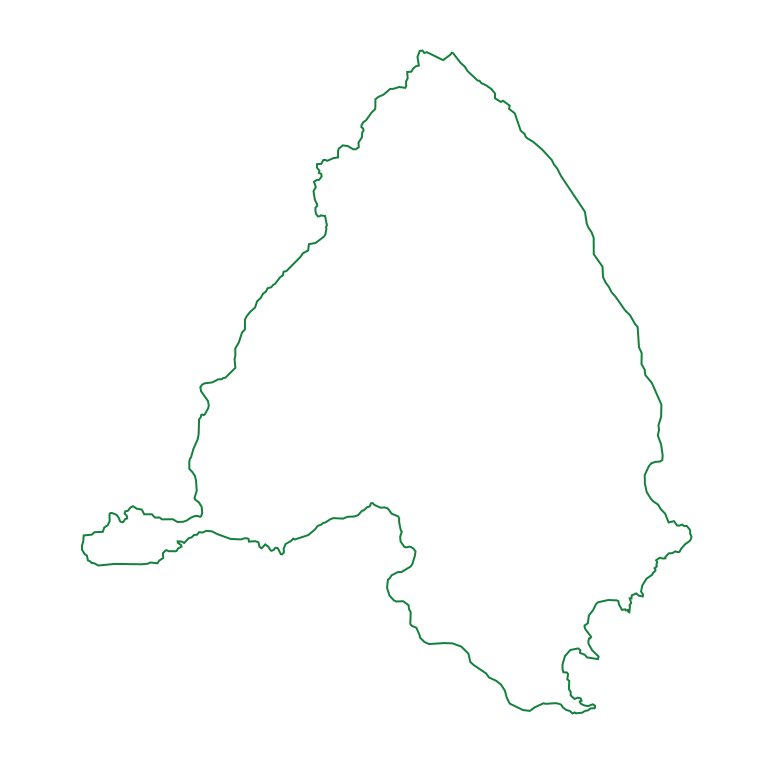 Santa Cruz, Guanacaste, Costa Rica (orthographic projection), rotated 179°
{"feature_id": "36466004B7119067190129", "entity_name": "Santa Cruz", "entity_type": "district", "adm_level": 2, "iso_a3": "CRI", "parent_name": "Costa Rica", "parent_adm1": "Guanacaste", "projection": "orthographic", "projection_center": [-85.683, 10.236], "detail": "fine", "context": "isolated", "style": "outline", "palette": "green", "viewbox_px": 768, "rotation_deg": 179, "n_neighbors": 0, "source": "geoboundaries", "source_scale": "gbopen_adm2", "svg_char_len": 6102}
<svg xmlns="http://www.w3.org/2000/svg" viewBox="0 0 768 768"><g transform="rotate(179 384 384)"><path d="M683.1,212.8L680.8,211.7L679.7,210.3L676.8,209.8L672.8,207.5L656.4,208.8L629.6,208.0L623.5,208.4L620.7,209.6L613.6,208.7L611.9,211.3L607.8,213.9L608.0,218.7L605.5,221.2L604.5,221.7L602.3,220.6L595.1,220.4L594.1,220.9L593.0,223.0L589.3,224.9L589.7,226.5L592.8,228.8L593.0,230.3L588.7,229.9L586.6,228.5L581.9,233.3L579.0,234.0L576.7,236.3L573.5,236.6L571.6,239.0L567.7,238.7L564.2,240.3L558.4,239.6L553.5,236.9L540.2,231.8L529.7,231.1L526.2,232.2L523.2,232.0L522.1,231.4L521.8,228.8L515.5,229.1L512.3,227.9L511.3,223.4L509.2,221.9L505.5,225.7L502.2,223.0L500.6,220.0L499.4,219.2L497.3,219.9L495.5,222.1L493.8,222.0L492.7,221.1L490.1,215.6L488.9,215.5L487.1,217.2L487.1,221.4L485.2,225.7L479.5,228.8L477.5,231.0L475.8,230.1L462.3,234.3L455.3,240.0L452.9,243.2L449.0,244.6L447.3,246.2L445.2,246.5L439.7,249.9L436.8,250.8L427.3,250.1L422.7,251.9L416.2,252.0L412.2,253.3L408.1,257.7L406.4,258.0L403.0,261.1L400.5,261.8L399.0,265.0L397.5,265.1L395.6,263.2L389.6,260.4L385.6,260.6L382.4,259.5L378.6,254.2L372.2,251.4L371.2,249.4L371.3,245.7L369.8,237.5L368.8,236.1L370.5,231.1L370.2,226.3L366.7,221.0L364.6,220.2L361.5,221.0L359.6,220.4L357.4,218.9L355.4,216.1L356.2,211.4L358.9,203.3L360.6,201.0L369.8,195.7L373.5,195.7L379.7,192.6L381.9,189.4L383.5,188.3L384.5,180.1L382.2,172.3L377.9,167.5L375.5,166.3L368.7,166.5L363.3,162.4L362.9,158.4L361.3,155.5L361.9,143.6L360.5,141.8L355.9,139.7L352.6,131.8L352.5,129.9L348.0,125.3L343.5,123.2L328.9,123.9L320.1,123.5L311.3,120.1L304.3,112.9L302.5,104.5L299.3,101.5L286.9,92.8L284.2,88.8L277.2,85.4L272.4,81.6L268.5,75.4L266.7,68.1L263.9,62.3L250.8,55.6L243.9,54.6L239.1,58.0L230.1,62.0L227.9,61.4L217.7,61.9L214.6,61.2L212.4,60.2L210.8,57.5L207.7,55.1L203.9,53.8L201.3,51.3L198.9,52.3L197.9,51.4L191.5,51.9L188.7,53.7L186.0,54.0L183.0,56.1L179.3,56.1L178.6,56.8L178.7,58.7L180.8,60.1L185.6,58.4L189.6,59.2L192.7,60.9L193.5,62.2L193.8,63.2L192.0,63.9L192.9,66.3L195.7,67.0L199.0,65.8L202.8,69.4L202.7,72.7L204.4,75.7L204.0,84.0L205.9,85.6L205.0,90.7L206.1,92.3L209.7,92.7L210.5,95.8L210.4,100.5L207.8,108.8L202.3,114.8L194.6,116.2L192.4,114.6L192.7,111.7L188.0,109.8L185.8,107.1L174.9,105.2L174.2,107.8L180.5,114.1L183.9,120.3L184.2,123.0L183.4,126.1L182.2,126.1L181.3,127.6L186.9,135.3L187.8,138.2L187.6,139.1L184.4,141.2L183.2,149.0L178.8,154.4L175.8,160.3L173.8,162.0L163.6,164.1L155.1,163.6L153.5,162.9L152.8,159.3L150.0,154.0L146.9,154.5L146.2,153.4L144.2,153.8L143.7,152.0L142.7,151.5L141.9,157.2L142.4,158.5L140.7,160.7L142.0,165.4L140.3,165.3L140.0,168.3L135.5,170.2L132.7,167.8L129.0,167.1L128.6,168.8L130.6,172.1L129.2,178.2L124.9,184.8L119.2,188.6L118.2,190.6L116.0,192.4L115.8,193.8L116.7,195.1L114.5,196.7L114.7,198.9L113.9,200.9L115.0,203.0L111.3,205.5L108.2,204.6L105.7,204.8L105.8,205.9L102.4,209.6L98.7,209.9L95.6,211.6L93.2,210.7L91.5,211.0L89.9,213.9L85.8,218.5L81.2,221.6L79.9,223.4L79.2,226.2L80.5,229.0L80.5,232.7L83.7,236.7L86.7,236.9L88.2,238.2L91.4,237.2L93.5,237.5L96.5,241.8L101.8,240.6L105.2,249.5L109.5,254.1L112.0,258.6L116.9,262.0L119.2,264.6L123.2,271.3L124.9,279.8L124.9,288.4L120.7,297.0L118.2,300.0L114.1,301.4L109.6,301.6L107.1,303.1L106.6,307.6L108.0,318.8L111.1,327.7L109.8,333.3L110.3,337.8L107.5,346.4L107.0,358.5L116.2,380.5L122.5,388.3L123.1,393.7L126.2,399.5L125.8,410.3L128.4,416.3L129.4,436.6L131.9,439.5L136.8,448.5L141.9,453.7L151.0,467.3L154.7,471.5L157.4,477.1L160.7,481.6L163.1,487.1L163.5,497.5L172.0,510.1L171.8,526.5L173.7,531.9L177.0,537.0L178.5,540.9L180.1,552.7L203.4,588.9L207.0,596.3L210.3,600.7L212.4,605.1L221.7,615.6L230.3,623.3L236.7,627.3L238.2,629.1L239.0,631.5L242.9,634.9L248.5,652.3L254.2,657.0L253.5,660.1L260.0,665.1L262.3,664.0L268.1,667.8L267.8,672.3L271.4,677.0L276.9,681.0L281.4,683.1L283.2,685.5L285.0,685.7L295.0,695.4L297.9,700.2L301.7,703.6L309.1,713.5L310.3,714.1L312.3,711.8L319.3,706.8L335.3,715.0L338.0,714.3L339.7,716.7L342.4,716.4L344.8,710.5L343.6,701.8L346.8,701.0L349.4,698.8L351.2,695.8L355.4,695.5L355.0,689.1L356.7,686.0L356.6,681.6L357.6,679.7L363.6,680.7L369.3,679.0L372.7,678.9L379.6,673.2L384.6,671.2L387.6,668.8L387.9,659.7L388.5,658.5L391.8,655.5L397.3,648.0L400.2,646.1L402.0,643.0L402.1,641.2L400.5,640.0L400.0,637.8L401.4,635.8L401.7,631.2L405.3,625.8L405.1,621.2L408.1,619.2L410.6,619.2L416.2,622.6L421.1,623.3L425.1,620.1L425.9,617.7L425.9,611.4L430.7,610.7L436.9,608.1L438.5,609.0L440.7,609.0L442.9,605.2L447.1,605.0L447.3,601.6L444.8,598.3L445.4,596.2L443.1,595.2L442.7,592.7L445.3,589.3L447.6,589.2L450.5,587.4L448.7,582.1L451.1,578.0L449.9,569.4L447.7,564.8L447.7,563.3L449.4,561.5L449.6,558.5L449.0,555.4L447.3,552.8L445.4,552.8L444.3,553.7L440.0,553.0L438.3,543.7L439.2,541.9L438.9,539.9L440.1,534.2L441.5,532.4L450.0,526.2L456.6,525.1L457.5,518.9L462.8,516.1L465.3,512.6L479.4,498.8L482.5,497.9L483.2,494.4L485.9,492.7L491.0,486.2L493.1,485.0L495.1,482.7L498.7,481.8L500.4,478.5L503.5,476.3L505.7,472.2L509.4,469.0L511.6,462.7L516.6,458.4L520.3,453.9L521.9,450.7L522.1,441.1L525.1,437.8L528.5,427.9L532.1,422.1L532.1,415.0L533.0,411.5L532.3,402.8L542.4,393.1L544.9,392.7L546.0,391.6L549.9,391.5L555.6,388.6L563.4,387.8L565.7,386.6L567.7,384.1L567.0,379.9L560.2,369.9L559.6,365.4L560.2,362.8L563.7,356.8L564.8,356.0L565.8,356.6L567.2,356.4L567.6,354.4L569.5,351.9L570.2,337.2L571.2,332.1L575.7,322.4L578.1,314.4L579.6,312.0L580.1,308.3L580.1,302.5L576.9,299.0L574.6,295.2L573.6,290.3L573.1,280.4L575.5,273.2L574.8,271.6L571.4,269.2L568.5,264.5L568.0,258.5L569.0,255.2L570.2,254.4L572.5,255.3L575.3,255.3L579.1,253.9L583.7,250.9L587.0,249.8L592.8,249.6L597.6,252.5L608.2,252.5L610.7,254.4L615.4,254.5L618.3,257.8L626.0,257.9L628.4,262.7L633.3,263.6L637.1,266.2L639.6,265.0L642.4,261.6L644.9,261.3L645.6,258.9L643.5,256.8L643.1,254.1L645.2,253.4L647.0,250.6L648.9,250.5L650.3,251.4L651.6,254.9L653.7,257.9L658.0,259.7L659.9,259.7L660.7,258.8L660.7,251.6L662.6,247.8L666.3,245.2L667.7,241.1L676.0,240.9L678.7,238.5L686.9,237.8L687.5,231.4L688.8,227.9L688.8,223.6L686.3,219.1L684.1,217.7L683.1,212.8Z" fill="none" stroke="#15803d" stroke-width="2"/></g></svg>